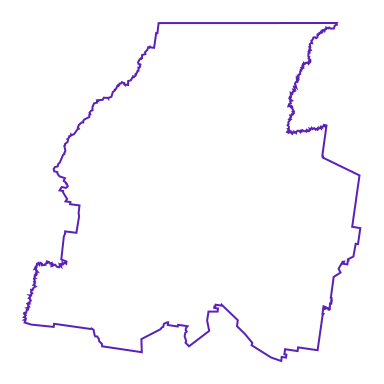 Walgett, New South Wales, Australia (Natural Earth projection)
{"feature_id": "25037944B85732743205299", "entity_name": "Walgett", "entity_type": "district", "adm_level": 2, "iso_a3": "AUS", "parent_name": "Australia", "parent_adm1": "New South Wales", "projection": "natural_earth1", "projection_center": [148.338, -29.79], "detail": "fine", "context": "isolated", "style": "outline", "palette": "violet", "viewbox_px": 384, "rotation_deg": 0, "n_neighbors": 0, "source": "geoboundaries", "source_scale": "gbopen_adm2", "svg_char_len": 5779}
<svg xmlns="http://www.w3.org/2000/svg" viewBox="0 0 384 384"><path d="M23.7,322.2L31.3,324.6L53.7,326.9L54.1,323.8L90.8,329.0L91.5,328.4L93.6,329.9L94.7,335.6L95.3,336.4L97.1,336.4L98.8,338.8L99.2,341.3L101.9,343.9L102.1,346.3L141.8,352.2L141.4,339.1L160.6,329.2L161.6,327.6L163.2,326.9L163.9,323.9L166.9,322.4L168.2,322.3L167.8,325.0L177.8,326.5L178.1,324.8L187.5,326.2L186.1,327.9L185.6,329.8L186.7,331.6L185.3,332.8L184.6,336.2L186.2,341.1L185.5,342.7L189.0,346.3L209.2,330.9L207.1,320.6L208.5,311.6L217.6,311.6L218.0,308.5L214.2,307.9L214.4,306.5L215.3,306.6L215.6,304.7L221.4,305.6L221.6,304.7L237.8,320.2L237.0,326.2L244.8,333.8L252.3,342.9L251.6,345.2L271.1,357.5L281.2,361.0L281.7,356.9L286.0,357.6L286.4,354.6L284.4,354.3L285.1,349.2L297.6,351.1L298.1,347.4L317.6,350.2L322.6,315.2L323.4,314.0L322.5,313.9L323.5,306.3L325.3,307.0L324.4,308.1L325.0,308.2L324.8,308.9L327.8,307.9L328.5,309.7L329.1,309.7L328.9,308.8L329.8,308.9L330.0,303.5L331.3,303.7L331.7,300.7L331.2,300.9L331.6,298.1L330.8,297.9L333.7,276.9L340.5,272.6L338.6,268.7L342.6,261.8L344.1,261.6L343.2,263.8L347.3,264.4L347.8,261.1L348.5,260.7L347.9,259.3L353.4,256.5L355.7,243.8L358.0,244.1L360.3,228.1L352.2,226.8L359.5,175.4L322.8,157.6L323.0,156.2L322.3,155.9L326.6,124.7L326.1,125.4L324.8,125.1L324.9,126.3L323.8,125.3L323.4,126.4L321.8,126.6L322.0,127.4L321.0,126.9L321.1,128.6L319.9,127.8L317.9,129.4L317.8,128.2L316.9,129.4L316.1,128.9L315.6,129.6L314.1,128.2L312.7,129.1L311.6,127.8L310.5,129.6L309.8,129.1L310.0,129.8L308.9,131.2L307.8,130.3L306.8,131.4L306.4,130.3L305.8,131.2L304.2,131.2L302.2,130.1L301.7,131.5L300.8,130.8L300.3,132.1L299.0,130.8L297.6,130.8L296.2,131.8L296.1,133.0L294.3,131.8L294.3,132.5L293.4,132.3L292.5,133.5L291.9,132.5L291.7,133.4L290.1,131.9L289.4,132.3L289.7,131.1L288.6,131.3L288.0,132.5L287.1,132.1L288.7,129.9L288.1,129.0L288.9,129.0L288.9,126.8L287.6,125.1L288.6,124.1L288.3,122.2L290.0,120.1L289.4,119.6L290.7,119.2L289.8,118.3L291.0,117.1L290.3,115.5L291.3,115.6L291.9,114.1L292.7,114.6L294.0,113.1L292.7,111.8L293.8,111.3L292.5,109.2L292.1,106.5L291.3,106.0L290.9,107.2L289.7,105.9L288.4,106.2L289.1,104.1L290.8,103.3L290.1,101.2L292.0,100.6L289.3,98.5L289.7,97.3L290.5,98.0L291.0,97.3L290.7,92.9L292.3,93.9L292.7,91.9L293.7,91.4L293.4,90.2L294.7,91.1L295.3,90.6L293.9,86.6L295.1,86.3L296.2,87.3L295.0,83.4L296.3,81.7L297.1,81.9L296.9,79.6L298.0,80.5L298.6,79.2L297.1,77.2L297.9,77.1L297.8,76.2L298.6,76.6L298.7,74.6L300.1,74.1L300.2,71.3L301.3,70.7L300.8,69.6L302.3,68.7L301.6,67.8L303.2,67.7L302.5,66.4L303.1,66.1L302.5,65.5L302.9,64.3L303.4,64.5L303.8,63.0L304.8,64.0L305.9,62.7L307.6,63.1L308.3,62.1L308.7,63.7L309.9,62.3L309.4,61.2L310.4,61.2L310.3,59.7L308.6,58.7L309.2,56.9L308.4,56.6L308.4,53.3L309.6,52.8L309.0,51.7L309.6,51.1L308.8,51.0L309.7,48.9L310.3,49.2L309.6,47.8L310.2,47.3L309.5,46.6L310.2,45.9L309.8,44.5L310.9,42.9L312.1,43.1L311.4,40.7L312.8,39.5L313.4,37.5L314.7,37.2L316.2,38.2L317.6,36.9L317.4,35.1L318.0,35.0L317.9,34.2L319.3,34.1L319.4,32.9L320.2,33.0L320.8,32.0L321.1,32.8L322.3,32.5L322.5,30.1L323.6,30.0L324.5,31.0L325.1,29.2L326.2,29.1L326.2,27.5L327.2,27.8L327.4,28.8L327.5,27.9L328.6,28.3L329.2,27.5L330.6,28.6L333.9,28.5L334.8,25.6L336.8,24.7L336.3,23.9L336.8,23.0L158.6,23.1L157.4,33.2L156.2,33.0L154.1,47.8L151.2,47.5L150.1,46.6L149.4,47.7L148.2,47.2L147.3,50.0L145.1,52.1L145.4,54.1L142.1,55.0L142.0,58.0L141.2,58.0L140.9,59.2L139.7,59.2L138.1,62.2L138.4,63.8L140.4,64.5L139.7,65.9L140.1,66.6L139.1,68.0L138.4,67.8L138.5,70.8L137.3,71.2L137.2,72.5L135.7,74.0L136.2,74.2L135.7,75.5L134.4,76.6L133.4,76.4L133.6,77.1L132.7,77.1L130.8,80.3L128.1,81.1L128.1,85.0L126.0,84.6L125.4,85.4L123.8,83.9L124.2,83.1L121.8,82.2L121.0,83.4L119.5,83.6L119.3,84.9L118.2,85.0L118.3,86.1L117.1,86.1L116.2,88.7L114.8,89.6L115.0,90.3L112.8,92.1L111.4,96.8L108.3,97.9L108.3,98.5L107.8,97.9L103.8,97.7L102.7,99.8L97.2,100.3L97.7,101.1L97.0,101.0L96.9,102.7L94.0,103.4L92.4,107.4L92.6,110.2L91.0,110.8L89.5,112.8L90.3,114.3L89.3,114.8L89.3,117.0L84.3,119.5L83.4,120.6L83.2,122.5L81.7,122.4L78.9,124.9L77.9,127.4L78.8,128.7L77.5,129.2L74.1,134.1L71.2,135.4L70.9,134.7L70.4,136.1L69.2,136.2L68.9,137.9L67.4,139.1L68.0,139.9L67.6,141.9L64.9,144.1L65.1,145.1L64.3,145.8L65.4,150.7L64.2,153.3L64.5,153.8L63.1,154.9L59.7,162.7L58.2,164.0L57.7,166.4L55.0,167.0L53.6,169.1L54.2,171.3L57.3,172.1L57.5,173.7L59.4,176.3L64.9,178.2L63.7,180.9L66.1,182.7L65.9,183.6L66.8,183.9L67.8,186.2L66.1,187.9L61.7,187.0L59.6,190.4L63.1,191.0L63.1,192.5L67.1,199.0L65.5,201.4L70.4,202.0L70.1,204.2L79.5,205.4L78.6,213.1L79.1,216.3L76.4,232.8L65.1,231.4L65.1,233.4L63.8,236.8L61.3,259.5L66.5,261.5L66.2,263.7L64.8,262.7L63.4,264.0L62.5,262.8L62.4,264.5L60.8,264.1L61.2,266.5L59.7,265.0L59.9,266.2L59.0,267.3L56.9,266.7L55.1,264.7L53.6,265.1L52.9,264.2L52.8,265.8L51.4,266.2L51.5,263.0L50.2,263.6L49.2,262.2L47.5,262.9L48.2,261.8L46.9,261.4L46.6,262.9L45.2,264.1L45.4,264.9L41.9,265.3L42.0,263.7L40.3,262.7L39.5,264.8L38.3,263.0L37.3,263.8L38.4,264.8L37.0,264.1L36.6,265.8L35.7,265.6L36.6,266.1L36.2,267.8L35.5,267.1L34.6,268.9L35.9,268.5L35.6,269.1L37.5,271.7L36.3,271.4L36.7,273.7L35.8,273.6L36.1,275.0L35.2,275.0L35.4,275.8L34.6,276.2L34.5,277.9L35.3,278.4L34.0,278.9L35.0,281.7L34.2,281.9L34.9,283.2L33.6,284.9L34.6,284.9L34.7,286.2L35.5,286.5L33.1,288.3L32.7,290.0L31.1,289.8L31.4,291.9L30.4,291.6L32.3,293.2L31.0,294.4L31.1,295.3L29.9,295.3L30.8,295.8L29.0,298.0L29.9,298.2L29.8,299.6L30.8,300.3L30.2,301.7L28.0,303.2L29.0,303.7L27.7,304.0L28.4,304.9L27.8,305.8L28.3,305.4L28.9,306.4L28.2,306.3L28.2,307.6L27.3,307.9L28.3,308.2L28.1,309.6L27.0,309.5L26.7,310.3L27.5,310.9L26.6,310.7L26.2,312.6L24.7,312.8L25.1,313.4L24.2,313.9L25.8,315.2L24.0,317.1L25.3,317.4L25.9,318.7L24.4,319.8L25.5,319.9L24.8,322.4L23.7,322.2Z" fill="none" stroke="#5b21b6" stroke-width="2"/></svg>